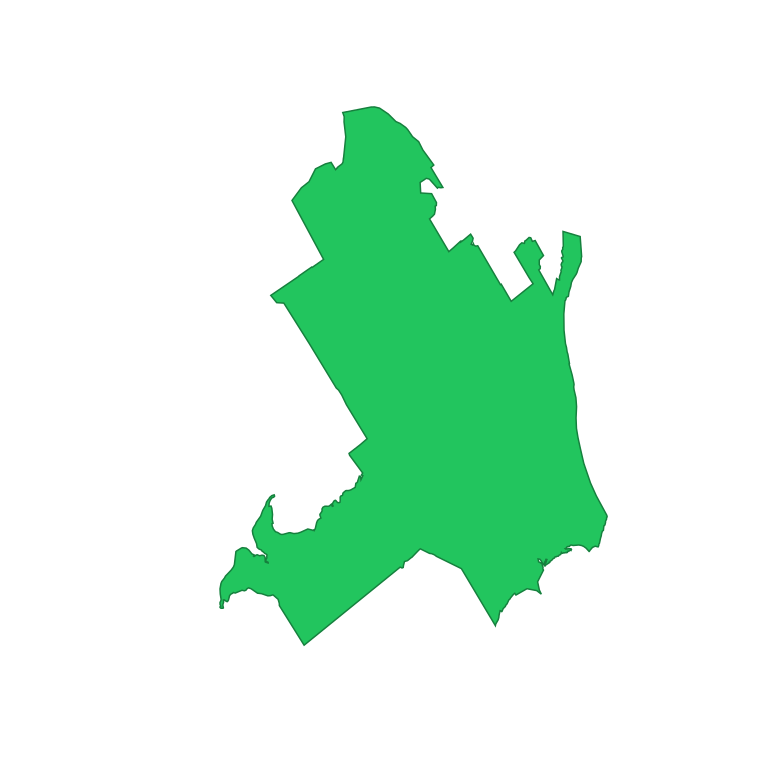 outline of Mērsraga pag., Mersraga, Latvia, rotated 67°
{"feature_id": "27541924B11751458518811", "entity_name": "Mērsraga pag.", "entity_type": "district", "adm_level": 2, "iso_a3": "LVA", "parent_name": "Latvia", "parent_adm1": "Mersraga", "projection": "robinson", "projection_center": [23.056, 57.313], "detail": "fine", "context": "isolated", "style": "filled", "palette": "green", "viewbox_px": 768, "rotation_deg": 67, "n_neighbors": 0, "source": "geoboundaries", "source_scale": "gbopen_adm2", "svg_char_len": 6170}
<svg xmlns="http://www.w3.org/2000/svg" viewBox="0 0 768 768"><g transform="rotate(67 384 384)"><path d="M650.0,375.9L648.6,374.9L645.7,371.1L643.9,369.6L641.6,368.3L638.0,365.7L638.5,365.0L639.4,364.8L639.5,364.3L637.3,362.0L636.2,359.2L635.4,358.6L634.5,356.7L631.5,353.4L631.2,352.2L630.4,351.2L628.2,347.0L627.8,345.4L629.8,345.0L628.3,332.4L633.8,324.2L638.9,321.3L634.4,321.5L626.1,319.9L617.6,309.9L616.2,310.0L615.0,309.3L612.7,309.1L611.5,308.7L608.7,310.6L608.1,311.2L605.2,310.5L606.3,308.9L609.4,308.1L608.9,308.4L610.2,309.0L610.4,308.2L611.3,308.4L612.3,308.0L611.8,307.1L611.9,306.8L611.0,305.9L611.0,305.3L610.3,305.2L609.6,303.9L608.7,303.6L609.0,302.7L609.4,302.6L609.9,303.4L610.5,303.7L610.3,304.2L611.3,304.3L611.7,305.1L611.5,305.4L612.1,305.4L612.6,306.7L613.1,307.1L614.1,307.3L614.4,306.6L613.9,306.1L613.1,301.7L612.6,301.5L612.8,300.9L612.0,300.2L611.9,298.7L610.7,296.2L610.8,295.1L609.9,293.9L610.4,292.7L610.2,292.1L610.6,290.7L609.9,289.5L610.0,288.2L609.6,287.9L609.5,287.3L608.5,286.6L609.1,286.5L609.6,285.8L609.4,284.8L609.9,284.4L609.8,283.9L610.2,283.1L610.1,282.6L610.7,281.7L610.6,280.9L609.8,280.6L609.8,279.8L610.2,279.3L609.9,278.8L610.0,278.2L609.7,277.6L609.9,277.3L609.5,277.0L610.2,276.8L609.6,276.1L608.8,276.2L607.5,278.6L607.6,279.0L607.4,279.9L607.1,280.1L607.2,280.4L607.0,281.2L606.3,281.6L606.2,280.2L605.9,279.6L605.5,279.4L605.3,278.7L605.9,276.8L605.4,275.8L605.3,274.7L606.6,272.9L608.3,267.6L609.9,265.2L611.6,263.6L614.1,262.1L618.9,260.4L618.1,260.4L615.9,256.0L615.8,253.0L617.6,250.6L616.8,249.6L615.4,248.8L614.9,248.0L610.5,244.9L608.6,243.3L606.9,242.3L604.9,240.6L604.4,239.2L600.6,237.1L600.3,236.7L600.4,236.3L599.9,235.6L598.2,234.3L596.9,233.7L595.3,231.9L594.1,231.4L593.5,230.5L591.9,230.2L569.9,232.3L555.8,232.6L535.1,231.1L519.8,228.4L509.2,226.4L500.1,224.2L490.3,220.5L480.1,215.6L471.6,212.7L463.6,211.3L460.8,210.5L458.8,209.3L457.4,208.9L449.3,207.3L438.5,205.9L437.7,205.7L437.7,205.3L428.4,203.1L426.1,202.9L421.5,201.7L417.8,201.2L404.9,197.3L389.8,191.1L378.1,184.9L378.0,184.4L376.7,183.1L375.7,182.6L375.3,181.3L375.4,180.4L375.3,180.0L371.5,177.7L367.2,174.0L363.8,171.8L361.4,169.2L358.2,164.4L356.8,162.8L353.4,160.0L348.4,154.7L345.1,153.2L344.0,152.3L324.9,145.8L313.5,159.6L327.7,165.3L328.0,166.1L330.0,166.9L330.6,168.1L331.7,168.7L336.5,169.2L337.0,169.6L337.0,171.0L337.3,171.4L340.4,171.2L341.4,171.7L341.5,172.5L343.1,174.2L344.8,174.6L345.4,174.3L346.7,175.0L348.4,176.7L349.8,177.0L353.6,180.4L356.8,181.8L356.1,182.7L354.4,183.9L363.8,190.2L364.6,191.2L367.8,193.8L339.4,197.0L338.9,195.2L337.0,194.2L334.7,194.4L330.5,192.6L328.1,187.0L311.0,188.8L310.7,191.7L306.7,191.8L305.8,193.2L307.2,197.0L307.4,198.5L309.4,199.8L307.9,202.0L308.8,204.8L312.9,210.9L313.6,212.8L342.7,208.9L350.0,207.6L357.6,234.6L337.9,237.1L338.1,238.0L293.4,243.7L292.9,245.9L290.8,247.1L289.9,246.9L290.8,248.0L289.4,249.2L287.3,246.9L284.6,245.0L279.9,245.7L282.6,254.5L283.3,257.8L282.5,257.3L282.4,257.6L285.7,266.9L287.5,272.6L249.8,277.6L248.5,273.6L247.4,271.2L243.3,268.4L240.3,267.4L240.2,266.1L237.5,264.8L227.4,265.8L222.5,275.6L212.6,272.0L211.2,264.8L212.6,262.8L213.4,262.1L224.6,258.3L224.2,257.2L225.6,254.9L226.1,253.0L203.1,256.2L201.9,252.6L183.8,256.8L174.5,257.4L167.5,261.1L159.1,262.8L156.5,263.7L150.5,267.3L147.1,270.5L137.1,274.6L128.3,280.3L125.3,284.4L124.0,287.7L118.0,315.9L122.4,316.2L127.2,318.4L141.5,322.6L160.7,333.2L160.6,333.3L163.7,335.0L164.6,336.1L165.1,337.0L166.4,342.3L166.7,342.3L167.8,344.8L159.3,346.1L158.5,352.0L159.2,363.0L168.5,374.0L171.1,383.4L179.1,397.0L245.7,390.9L248.6,404.5L248.1,404.8L249.2,410.3L251.3,420.2L251.6,420.5L258.2,453.6L267.2,451.0L270.4,444.6L318.1,436.9L369.1,429.5L371.8,428.2L377.7,427.2L388.3,426.7L427.8,420.9L430.8,430.4L434.2,443.3L436.2,443.5L457.6,438.4L459.0,440.4L460.1,439.3L463.1,442.6L460.1,441.8L459.2,442.7L464.2,447.1L464.4,448.7L467.9,450.9L468.5,456.1L468.3,458.0L467.3,460.4L467.3,461.2L468.1,463.8L468.5,464.5L470.1,465.5L470.3,466.0L470.2,467.4L470.9,468.5L474.5,470.0L475.7,470.8L475.7,471.8L474.9,473.1L472.7,473.8L472.1,474.1L472.0,474.6L472.0,475.2L472.3,476.0L474.2,478.5L476.4,478.5L476.4,479.4L474.1,479.5L474.9,481.9L474.8,483.0L473.4,486.2L473.6,488.4L474.8,489.9L476.4,490.5L477.1,491.1L478.8,493.8L479.5,494.2L482.8,494.5L483.0,496.7L483.6,498.4L485.2,500.1L490.3,503.8L491.4,505.2L490.8,505.2L490.9,506.3L491.7,506.2L490.6,506.9L487.7,510.8L487.9,518.3L487.7,521.5L486.5,525.4L484.2,528.5L483.8,529.6L483.0,535.6L482.4,537.2L481.8,538.0L479.1,539.9L477.6,541.6L474.4,542.5L470.9,542.4L468.7,541.6L468.8,540.5L464.8,539.8L460.6,537.6L454.5,535.8L452.2,535.7L451.7,537.7L451.0,537.4L448.7,536.2L446.8,534.4L445.1,531.9L445.1,529.7L444.5,528.5L443.1,528.4L442.9,530.9L443.8,533.7L444.5,534.3L445.3,536.0L446.8,538.3L449.6,540.5L453.0,545.0L457.5,549.2L461.4,555.6L463.0,557.1L465.4,560.6L467.6,562.5L471.1,563.4L475.4,563.7L481.2,563.7L484.8,564.6L487.0,563.6L489.0,561.7L490.4,561.5L491.4,560.7L493.2,560.0L495.0,558.6L495.8,558.5L496.5,559.1L498.3,559.8L499.8,561.6L500.4,561.8L501.1,561.7L502.9,560.3L503.5,560.6L501.7,562.7L501.2,562.8L497.2,561.2L495.0,561.5L493.9,563.1L493.5,565.6L491.6,567.5L491.5,569.8L492.0,570.2L492.0,571.1L491.4,571.4L490.5,570.4L488.7,572.0L484.1,573.3L481.2,575.0L479.3,578.4L479.3,579.6L480.1,585.1L480.4,585.8L491.8,592.3L493.6,594.1L495.6,597.4L498.9,605.0L500.3,606.7L502.4,610.5L503.9,612.0L508.5,615.0L513.4,616.8L518.6,618.1L519.8,618.9L521.0,620.3L522.7,621.0L524.8,621.1L524.9,621.8L525.3,622.2L526.3,622.0L526.8,621.6L527.5,619.8L527.3,619.3L524.4,618.7L522.0,616.8L520.0,616.2L520.1,615.5L522.6,614.0L523.1,613.3L523.0,612.9L522.0,611.5L518.4,608.8L517.5,606.6L517.5,605.1L517.1,604.1L518.3,602.6L518.4,595.3L519.8,593.3L519.9,591.7L519.0,590.2L518.7,588.3L520.6,586.3L527.1,582.2L529.2,578.6L533.6,573.7L534.4,571.5L534.7,568.8L535.0,568.4L540.8,565.6L545.0,566.1L547.1,566.9L593.2,559.6L558.9,440.7L560.4,439.3L560.4,438.0L558.7,437.0L555.4,434.5L555.8,431.4L554.5,426.9L554.4,426.0L550.5,416.9L549.9,415.0L557.7,408.3L558.9,406.3L561.0,404.3L563.1,403.1L584.2,384.9L650.0,375.9Z" fill="#22c55e" stroke="#15803d" stroke-width="1.5"/></g></svg>